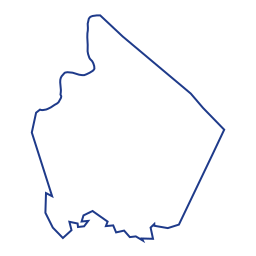 Breckinridge, Kentucky, United States of America
{"feature_id": "52423323B22001446499183", "entity_name": "Breckinridge", "entity_type": "district", "adm_level": 2, "iso_a3": "USA", "parent_name": "United States of America", "parent_adm1": "Kentucky", "projection": "mercator", "projection_center": [-86.516, 37.802], "detail": "fine", "context": "isolated", "style": "outline", "palette": "blue", "viewbox_px": 256, "rotation_deg": 0, "n_neighbors": 0, "source": "geoboundaries", "source_scale": "gbopen_adm2", "svg_char_len": 1062}
<svg xmlns="http://www.w3.org/2000/svg" viewBox="0 0 256 256"><path d="M100.2,15.4L96.8,15.4L92.5,16.0L90.5,16.8L89.7,17.5L88.8,18.8L87.7,23.7L87.9,28.0L87.8,30.6L87.4,33.3L87.3,37.3L87.7,45.0L87.6,51.3L88.1,54.1L89.3,57.7L90.0,58.9L92.2,61.2L93.3,63.3L94.2,66.1L94.4,68.7L93.9,69.6L92.8,70.8L89.7,72.7L86.4,74.3L84.3,75.1L81.9,75.1L79.1,74.7L72.6,72.7L67.4,72.2L65.1,72.6L64.4,73.1L61.6,76.3L60.8,77.9L60.3,79.8L60.2,82.4L60.9,90.1L60.8,92.0L60.5,94.6L61.2,96.1L61.2,96.8L60.9,98.0L58.5,102.3L56.9,103.6L54.7,104.8L50.8,107.4L47.7,108.9L46.2,109.5L42.7,110.1L41.0,110.0L40.0,109.6L36.1,112.7L31.8,132.5L52.1,196.2L46.0,193.1L45.4,212.8L52.8,227.6L62.9,238.0L71.5,230.2L69.4,221.8L77.6,223.5L78.0,227.0L84.1,226.3L88.2,220.9L81.6,221.5L83.5,215.4L92.5,211.0L107.6,221.6L105.9,226.1L113.2,225.4L116.1,232.4L124.1,230.6L129.8,237.1L135.8,236.4L142.9,240.6L141.9,238.5L153.0,238.8L150.6,227.6L154.3,224.0L154.4,225.8L167.8,228.1L178.9,224.6L212.7,154.0L224.2,129.7L203.1,108.0L190.8,93.6L122.7,36.5L100.2,15.4Z" fill="none" stroke="#1e3a8a" stroke-width="2"/></svg>